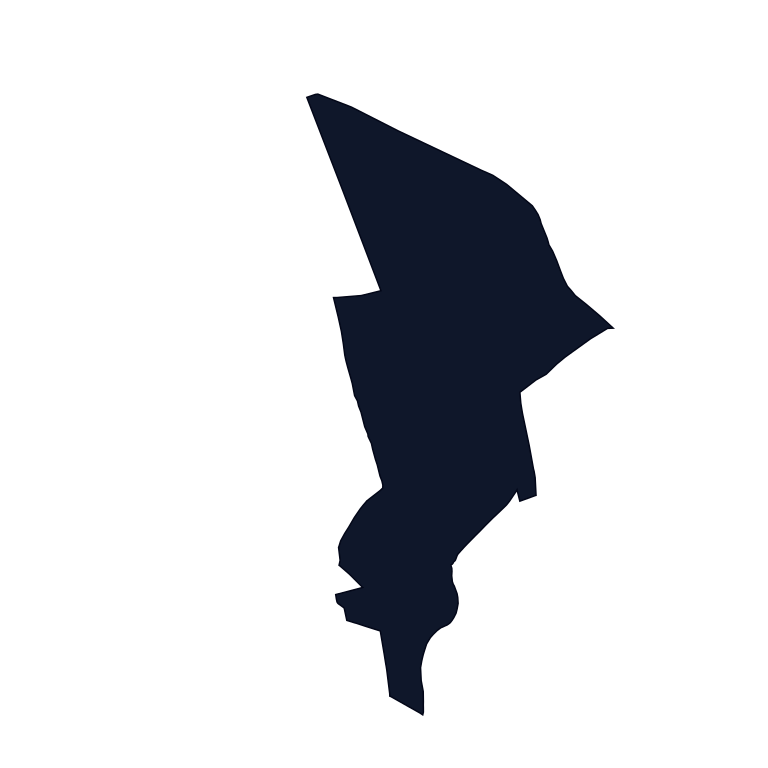 San Lorenzo Axocomanitla, Tlaxcala, Mexico (Albers equal-area conic projection), rotated 131°
{"feature_id": "50627088B69259006758588", "entity_name": "San Lorenzo Axocomanitla", "entity_type": "district", "adm_level": 2, "iso_a3": "MEX", "parent_name": "Mexico", "parent_adm1": "Tlaxcala", "projection": "albers", "projection_center": [-98.255, 19.215], "detail": "fine", "context": "isolated", "style": "filled", "palette": "ink", "viewbox_px": 768, "rotation_deg": 131, "n_neighbors": 0, "source": "geoboundaries", "source_scale": "gbopen_adm2", "svg_char_len": 2511}
<svg xmlns="http://www.w3.org/2000/svg" viewBox="0 0 768 768"><g transform="rotate(131 384 384)"><path d="M155.1,438.8L158.9,451.0L183.7,539.5L196.4,590.3L208.6,624.1L210.5,625.8L218.3,630.3L265.2,541.7L315.6,447.5L332.2,459.2L349.5,476.1L351.9,478.8L363.6,462.3L372.3,450.6L380.4,441.0L387.8,432.7L390.1,429.7L391.7,427.5L395.3,422.2L401.6,412.5L404.5,408.2L412.1,398.5L414.2,392.9L417.3,388.7L420.3,382.9L428.9,370.5L432.3,363.4L434.0,361.6L437.1,354.5L440.7,349.7L446.5,341.0L449.4,336.1L456.1,326.6L458.4,322.2L461.0,318.6L463.3,316.7L466.9,317.0L472.5,318.1L475.5,318.7L483.6,320.3L485.2,320.2L488.6,320.2L493.6,320.0L496.2,319.7L504.1,318.8L515.2,316.7L522.5,315.6L530.8,313.8L536.0,311.5L537.1,311.1L545.9,301.4L550.3,299.0L550.2,297.8L550.2,294.5L550.2,285.4L551.5,266.6L552.4,267.2L555.0,268.9L574.6,282.3L577.5,278.9L579.3,276.5L579.7,275.3L579.8,274.3L579.2,267.7L579.4,266.8L586.8,257.0L586.0,255.2L584.9,252.7L584.7,252.3L583.6,249.7L582.7,247.9L579.1,239.3L575.6,231.2L572.8,224.8L588.0,206.3L594.7,198.3L595.3,197.5L598.0,194.3L613.9,176.6L615.8,174.8L615.4,173.8L614.9,171.4L614.1,167.4L611.2,153.1L608.7,141.0L608.3,137.7L605.8,139.0L602.6,141.8L600.4,143.8L598.0,145.8L590.4,152.6L583.4,161.4L574.1,170.3L568.3,173.8L565.3,175.4L562.4,176.9L558.6,178.6L552.3,181.3L549.7,181.8L545.0,182.6L540.7,182.6L535.5,182.2L530.7,181.2L528.7,180.2L526.8,179.4L524.6,178.3L522.3,177.7L520.6,177.4L517.5,177.6L514.3,178.1L509.6,179.3L505.7,181.3L501.0,184.1L496.7,188.3L494.3,191.3L490.7,197.8L490.3,198.6L489.7,200.4L488.2,202.9L486.6,204.6L484.3,207.1L480.8,209.8L478.6,211.9L476.8,214.8L475.1,214.3L473.7,214.4L472.7,214.7L472.1,214.7L471.1,214.5L470.0,214.6L465.4,216.3L463.9,216.6L459.8,216.6L456.9,216.5L455.2,216.5L450.6,216.3L439.0,215.6L432.3,215.1L428.5,214.9L422.7,214.6L421.9,214.5L414.3,214.0L407.5,213.3L398.8,212.5L394.8,212.2L390.1,212.4L385.2,213.0L380.3,213.6L377.4,214.0L376.6,214.2L377.1,213.5L383.3,204.6L368.7,196.5L368.3,196.2L360.7,203.5L355.6,208.4L354.0,210.3L351.3,213.6L350.1,215.4L340.8,227.0L334.9,234.4L326.1,246.0L315.8,259.6L315.0,260.6L312.3,263.9L308.7,268.2L301.4,275.7L301.1,276.0L281.4,272.0L270.2,268.0L255.9,266.8L245.0,265.0L236.8,263.1L214.3,257.8L195.4,251.8L191.5,247.7L191.0,265.6L191.2,283.3L191.8,297.7L190.7,303.7L189.9,309.8L186.6,317.9L182.9,324.9L177.7,334.4L173.1,343.9L170.8,350.8L169.0,353.4L166.9,356.7L159.8,370.7L157.5,374.0L155.1,378.8L153.8,382.9L152.2,388.9L152.9,422.5L155.1,438.8Z" fill="#0f172a" stroke="#020617" stroke-width="1.5"/></g></svg>